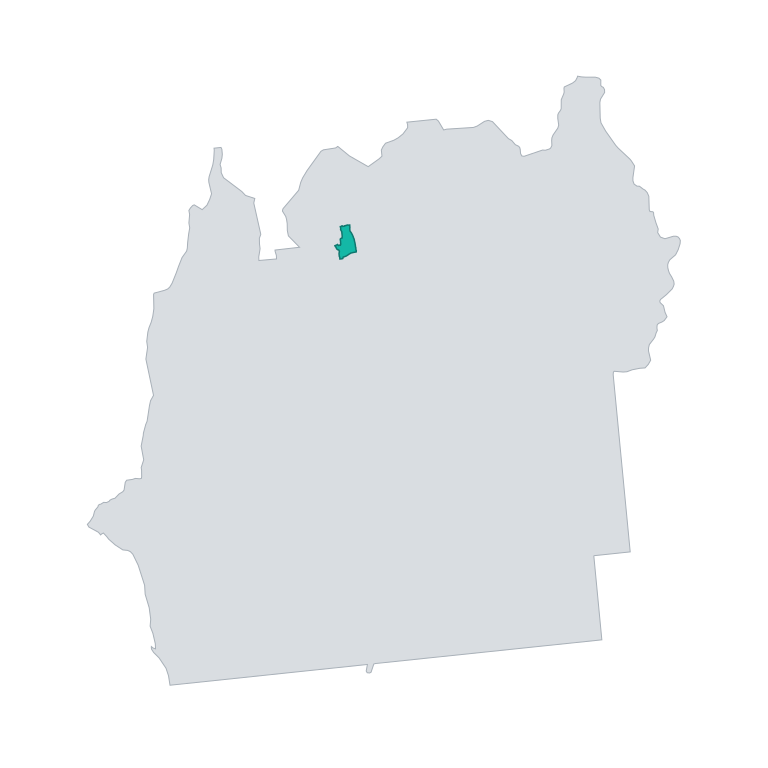 Abu Kershola, South Kordufan, Sudan (highlighted), rotated 174°
{"feature_id": "16777658B31438962952191", "entity_name": "Abu Kershola", "entity_type": "district", "adm_level": 2, "iso_a3": "SDN", "parent_name": "Sudan", "parent_adm1": "South Kordufan", "projection": "robinson", "projection_center": [30.867, 11.992], "detail": "fine", "context": "in_parent", "style": "filled", "palette": "teal", "viewbox_px": 768, "rotation_deg": 174, "n_neighbors": 0, "source": "geoboundaries", "source_scale": "gbopen_adm2", "svg_char_len": 5634}
<svg xmlns="http://www.w3.org/2000/svg" viewBox="0 0 768 768"><g transform="rotate(174 384 384)"><path d="M528.4,636.3L521.4,636.3L520.7,634.4L520.8,629.3L521.6,625.5L524.1,619.4L523.4,616.0L523.8,611.2L522.0,605.9L505.3,590.3L502.0,586.0L493.1,582.0L494.6,577.6L490.9,545.7L492.7,542.0L493.2,536.4L493.1,531.5L495.3,523.4L495.5,519.9L477.8,519.6L477.6,523.2L478.4,527.1L478.4,528.6L453.7,528.8L463.6,541.3L464.1,546.8L463.5,553.6L463.7,558.0L464.2,560.9L466.9,566.5L466.7,567.5L466.1,568.9L448.6,585.6L445.7,593.3L443.4,597.4L438.3,604.2L422.4,622.0L419.8,623.2L407.6,623.8L406.4,624.3L405.4,625.1L404.9,624.9L394.5,614.4L377.0,601.8L365.4,608.4L362.2,610.8L362.2,616.9L360.4,619.9L357.3,623.3L348.7,625.4L344.3,627.3L339.0,630.7L333.7,636.4L333.4,639.4L333.9,642.0L304.4,641.9L302.4,639.8L298.1,630.4L295.1,630.9L268.2,629.8L264.3,630.8L256.6,634.7L252.7,635.3L248.7,633.6L234.6,615.0L231.5,612.8L228.4,608.3L225.3,606.4L224.3,605.0L224.0,603.0L224.1,598.9L223.1,596.4L220.9,595.8L201.8,600.1L199.1,599.6L195.1,600.4L193.7,601.1L192.1,603.6L191.8,608.7L191.3,611.2L189.8,614.0L184.4,620.3L183.2,623.1L183.4,630.0L183.0,633.5L182.2,635.1L179.8,637.8L179.0,639.3L178.0,648.2L175.0,653.6L174.3,655.5L174.1,659.4L173.6,660.6L165.0,663.6L161.8,665.6L159.8,668.6L159.3,669.9L155.6,668.8L150.9,668.0L141.9,667.1L138.3,665.7L136.6,663.6L137.2,658.2L136.3,657.0L134.9,656.1L133.9,653.7L134.1,650.9L138.9,644.7L139.9,641.4L141.2,625.8L140.9,621.0L137.1,612.3L128.6,597.1L126.5,594.2L115.8,581.8L114.6,579.9L112.0,574.7L114.9,563.2L115.2,560.0L114.4,556.7L111.7,554.3L109.3,554.0L106.1,550.9L104.1,549.5L102.2,546.8L101.0,543.0L102.0,529.5L101.4,527.7L98.6,527.2L98.0,526.2L98.1,523.6L96.7,515.9L95.1,509.5L96.0,506.0L93.7,501.2L89.4,499.1L80.7,500.7L78.0,500.4L76.2,499.5L74.9,497.7L74.3,495.7L74.9,492.5L77.4,486.8L80.5,482.0L86.7,477.7L88.4,475.4L89.4,472.9L89.6,470.0L89.2,466.9L88.5,464.1L86.7,460.4L85.1,456.0L85.0,453.0L85.9,450.9L87.5,448.4L93.7,443.4L100.1,439.2L101.1,437.7L100.8,436.0L97.9,432.6L97.0,425.9L95.5,421.3L98.7,417.8L101.1,416.6L104.8,415.5L106.2,414.1L106.7,411.3L106.6,408.6L107.9,406.6L109.7,402.4L111.2,400.5L116.0,395.5L117.1,392.3L117.5,389.2L116.3,379.8L119.1,375.9L122.7,372.7L127.8,372.9L135.7,372.2L141.1,370.8L144.9,370.9L153.7,372.6L154.6,371.9L155.1,369.4L156.7,191.3L192.8,191.3L193.3,191.0L194.1,106.8L421.6,106.9L423.4,106.6L427.0,98.7L428.5,98.1L430.9,98.6L431.7,100.4L429.8,106.8L628.3,106.8L628.8,116.4L630.5,124.1L636.3,135.1L641.1,141.0L642.8,144.3L643.0,145.8L642.8,147.2L641.3,145.6L638.9,144.5L638.6,149.7L639.9,160.2L641.9,167.6L640.6,174.4L640.9,186.0L643.5,199.9L643.1,208.8L647.4,229.5L651.6,241.0L653.8,243.8L656.3,245.3L661.1,246.3L668.2,252.1L673.9,258.3L675.9,261.5L678.6,265.1L680.5,264.4L681.6,263.5L683.5,266.4L692.4,272.5L693.7,275.4L690.6,278.2L686.9,283.0L685.2,287.6L684.2,289.0L681.3,291.8L680.8,293.2L679.6,294.0L678.2,294.1L675.2,295.6L672.4,295.1L669.7,296.0L668.7,297.1L666.5,298.0L663.5,298.5L659.0,302.3L655.0,304.2L653.6,305.7L651.6,313.3L650.0,315.2L644.1,315.4L641.1,316.1L637.2,315.3L635.2,315.4L634.7,317.0L634.1,323.5L634.2,326.3L630.9,333.7L632.0,347.6L628.8,358.0L628.4,360.3L625.2,368.6L623.5,371.7L619.5,387.0L617.9,391.8L614.4,396.8L618.2,433.7L615.3,445.1L615.5,451.2L613.4,460.4L611.8,464.6L609.1,469.7L606.9,475.4L605.0,482.9L603.8,497.1L603.1,498.4L592.5,500.1L589.2,501.1L587.0,502.7L584.2,506.4L578.9,516.4L576.0,522.5L571.6,530.9L566.4,536.8L565.4,539.7L564.5,545.1L562.6,553.6L560.9,559.6L561.2,564.5L559.6,572.9L559.9,577.0L558.1,579.3L555.6,581.5L554.0,582.0L546.6,576.4L541.4,580.3L538.1,585.7L535.6,591.2L537.1,602.9L537.0,605.5L536.3,608.3L531.4,619.7L529.9,625.0L528.4,634.1L528.4,636.3Z" fill="#d9dde1" stroke="#a8b0b8" stroke-width="1"/><path d="M414.8,512.9L414.7,512.9L414.1,512.9L413.9,512.9L412.7,512.9L412.0,513.1L411.9,513.1L411.8,513.3L411.6,513.7L411.5,514.1L411.4,514.3L411.3,514.5L411.0,514.6L409.9,514.7L409.4,514.9L408.3,515.2L408.2,515.2L407.0,515.8L406.4,516.1L405.4,516.7L404.9,516.9L404.7,517.0L404.2,517.2L403.3,517.7L403.1,517.7L400.0,518.1L398.9,518.1L398.7,518.2L398.3,518.3L398.1,518.3L397.8,518.3L397.6,519.8L397.9,520.3L397.8,522.9L398.0,523.2L398.0,524.8L398.0,525.5L398.1,526.1L398.1,526.9L398.1,527.2L398.3,528.2L398.4,529.2L398.5,530.5L398.6,531.4L399.0,532.4L399.2,533.6L399.5,534.4L399.7,535.3L400.1,536.2L400.5,537.3L401.0,538.3L401.7,539.4L401.9,540.2L401.8,542.5L401.6,542.8L401.5,545.7L402.8,545.7L404.0,546.0L404.6,545.7L405.1,545.6L405.8,545.6L406.2,545.5L406.5,545.5L406.7,545.1L408.1,545.1L408.5,545.0L408.9,545.6L409.6,545.6L410.1,545.1L411.0,545.1L411.0,544.9L410.9,544.2L410.8,543.5L410.8,543.3L410.8,543.1L410.9,542.5L411.0,542.3L411.0,542.2L411.0,541.9L410.6,541.1L410.3,540.4L410.1,540.0L410.1,539.8L410.1,538.8L410.1,538.5L410.1,537.7L410.1,536.9L410.1,535.5L410.1,535.2L410.2,534.8L410.3,534.3L410.3,534.1L410.4,533.6L410.7,533.5L410.9,533.5L411.0,533.4L411.3,533.4L411.5,533.3L411.7,533.2L412.2,532.9L412.4,532.5L412.4,532.1L412.4,531.4L412.3,530.8L412.3,530.2L412.4,529.7L412.4,529.3L412.4,528.2L412.4,527.6L412.6,527.2L413.0,526.9L413.0,526.6L413.5,526.7L414.0,526.8L414.5,526.4L415.1,526.7L415.3,527.0L415.5,527.3L415.7,527.6L416.2,527.3L417.1,527.1L417.5,526.9L417.8,526.7L418.0,526.7L418.3,526.7L418.1,525.8L417.7,525.5L417.5,525.3L417.4,524.6L417.2,524.4L417.2,524.1L417.1,523.8L417.0,523.5L416.8,523.2L416.6,522.9L416.3,522.6L416.1,522.4L415.9,522.3L415.6,522.3L415.3,522.2L415.1,522.0L414.8,521.7L414.8,521.4L414.6,521.1L414.5,520.4L414.8,519.9L414.8,519.3L415.0,518.7L415.1,518.2L415.1,515.4L414.8,514.9L414.8,512.9L414.8,512.9Z" fill="#14b8a6" stroke="#0f766e" stroke-width="1.5"/></g></svg>